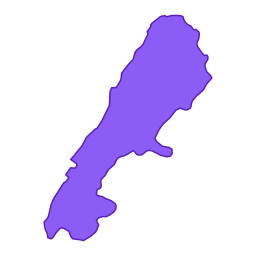 map outline of Beqaa (Natural Earth projection)
{"feature_id": "LBN-3022", "entity_name": "Beqaa", "entity_type": "Province", "adm_level": 1, "iso_a3": "LBN", "parent_name": "Lebanon", "parent_adm1": "", "projection": "natural_earth1", "projection_center": [36.105, 33.959], "detail": "fine", "context": "isolated", "style": "filled", "palette": "violet", "viewbox_px": 256, "rotation_deg": 0, "n_neighbors": 0, "source": "natural_earth", "source_scale": "10m", "svg_char_len": 2469}
<svg xmlns="http://www.w3.org/2000/svg" viewBox="0 0 256 256"><path d="M87.6,238.0L83.4,240.6L80.5,239.8L72.8,238.8L72.2,238.3L71.4,237.4L69.8,233.8L69.3,232.3L68.3,231.0L64.9,228.9L61.6,227.7L60.7,228.1L59.6,228.9L57.2,231.4L55.4,233.7L54.0,236.0L52.3,238.2L51.0,238.8L47.8,237.6L47.2,233.1L46.5,232.0L45.6,230.1L45.3,229.3L44.6,226.6L44.2,221.7L45.7,220.4L46.4,219.6L47.7,217.8L48.1,216.9L48.6,215.6L50.9,205.6L52.9,200.2L54.0,198.0L63.8,182.8L65.4,181.9L66.1,181.4L67.0,180.1L68.4,178.6L68.5,178.0L68.5,177.5L65.8,174.8L70.5,167.9L71.7,167.8L73.7,168.1L74.2,168.1L74.7,168.0L75.2,167.8L75.6,167.5L76.0,167.0L77.1,165.2L76.4,163.6L70.8,159.5L81.8,146.1L84.7,140.9L85.4,139.2L85.5,138.8L87.4,136.4L95.1,129.2L97.0,128.3L101.8,121.0L109.4,105.4L110.0,92.8L110.2,91.3L111.6,87.8L115.5,87.5L116.0,87.4L116.4,87.1L117.0,86.4L120.6,80.3L121.1,78.4L121.7,73.1L128.0,64.9L133.1,59.4L135.0,52.7L135.3,52.0L135.9,51.1L137.4,49.5L140.9,46.8L142.2,45.3L143.1,44.3L147.7,34.6L147.9,34.0L147.2,31.5L150.4,27.2L150.6,26.7L150.8,26.3L150.8,25.4L150.8,25.0L150.9,24.6L151.1,24.3L151.8,23.4L159.3,17.5L159.7,17.0L161.8,16.1L165.4,15.7L165.9,16.6L166.3,16.7L166.8,16.8L167.3,16.7L167.7,16.6L171.0,15.6L176.0,15.4L180.6,15.7L182.9,16.6L184.0,20.1L185.7,22.8L187.9,24.7L190.8,26.0L193.2,29.1L194.5,29.9L195.7,29.5L198.4,31.4L199.3,33.3L199.2,35.6L198.6,39.0L198.1,40.4L197.5,41.4L197.0,42.5L196.9,44.2L197.3,45.9L198.2,47.5L201.8,52.7L203.6,54.7L204.8,55.3L206.1,55.2L207.2,55.4L208.0,57.1L207.7,59.8L206.1,62.1L204.8,64.8L205.6,68.7L206.7,71.7L210.8,75.8L211.7,77.9L211.8,78.1L207.0,83.4L203.1,90.2L195.6,96.8L192.3,101.1L191.3,104.0L191.0,106.5L190.1,108.4L187.3,109.8L185.0,109.9L181.3,108.5L179.4,108.4L175.8,110.2L170.2,117.5L163.5,123.6L160.8,127.0L158.5,130.7L154.9,138.2L155.2,139.0L156.3,140.9L157.3,142.2L162.3,146.2L169.0,147.4L171.9,149.2L172.2,153.5L170.2,156.2L166.9,156.8L160.5,155.2L151.9,150.8L148.9,150.3L146.3,151.2L144.0,153.2L141.3,154.9L137.7,155.0L136.4,154.1L134.2,151.3L133.1,150.7L127.0,154.5L124.1,155.8L120.9,156.6L118.2,157.8L116.5,160.0L114.3,164.5L108.7,169.4L106.3,173.0L105.3,175.3L102.2,178.3L100.9,180.1L100.7,181.9L101.2,185.6L100.7,187.6L99.9,188.4L97.7,189.3L97.0,190.0L96.4,194.5L98.6,195.9L102.4,196.6L106.3,198.9L108.7,199.6L111.9,201.2L114.7,203.4L116.2,205.7L115.6,209.6L113.0,212.7L109.5,215.1L106.3,216.6L102.3,216.6L98.4,217.9L96.4,220.7L98.7,224.9L96.0,231.6L90.8,236.1L87.6,238.0Z" fill="#8b5cf6" stroke="#5b21b6" stroke-width="1.5"/></svg>